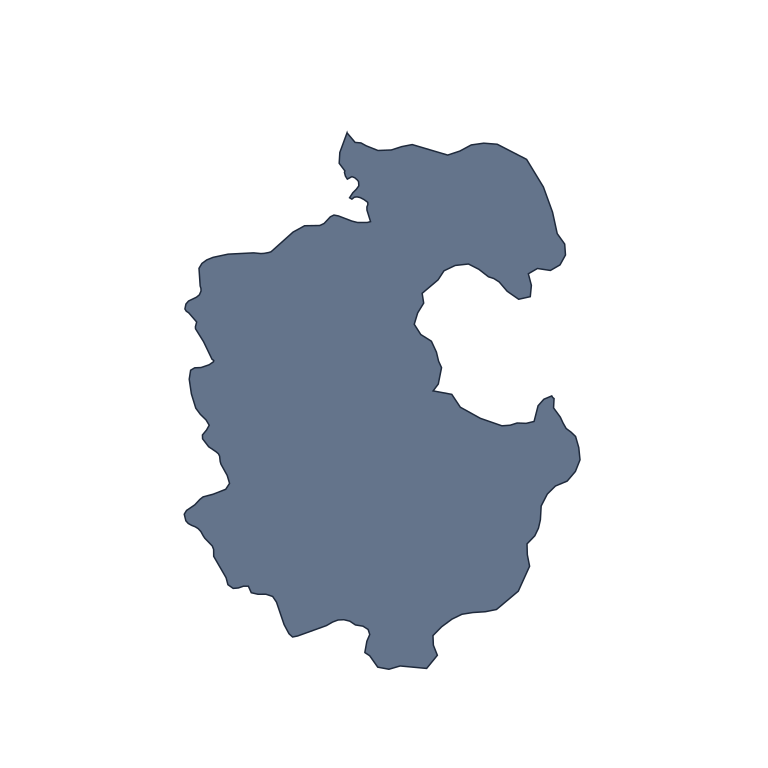 map outline of Attapu (Natural Earth projection), rotated 119°
{"feature_id": "LAO-3294", "entity_name": "Attapu", "entity_type": "Province", "adm_level": 1, "iso_a3": "LAO", "parent_name": "Laos", "parent_adm1": "", "projection": "natural_earth1", "projection_center": [106.906, 14.792], "detail": "fine", "context": "isolated", "style": "filled", "palette": "slate", "viewbox_px": 768, "rotation_deg": 119, "n_neighbors": 0, "source": "natural_earth", "source_scale": "10m", "svg_char_len": 2859}
<svg xmlns="http://www.w3.org/2000/svg" viewBox="0 0 768 768"><g transform="rotate(119 384 384)"><path d="M628.1,270.6L617.2,274.3L610.0,275.0L606.4,278.9L606.0,285.0L608.6,292.2L608.0,298.9L609.6,304.8L612.7,309.8L617.2,313.6L623.2,317.2L646.3,337.4L649.6,341.3L648.5,346.0L642.9,354.7L626.9,372.3L623.8,378.4L625.1,385.3L629.0,392.3L630.9,398.9L626.6,404.6L629.0,408.9L633.0,412.5L635.9,416.8L635.2,423.2L630.0,428.2L617.3,449.4L611.3,452.8L608.9,455.7L605.8,465.9L604.5,468.4L601.8,472.7L600.6,476.4L600.4,479.9L600.9,483.7L600.9,487.6L599.7,491.0L594.7,495.6L590.3,495.4L581.4,490.9L574.2,489.1L570.4,487.5L563.2,480.0L552.8,471.4L545.8,470.9L540.0,476.8L533.2,487.7L531.2,489.7L526.8,492.8L525.3,495.0L524.7,497.9L523.9,506.9L519.9,516.1L516.6,518.1L510.7,517.0L510.6,516.9L504.8,516.9L501.7,522.2L499.6,529.9L496.4,536.9L486.0,547.7L474.2,556.7L465.7,559.8L461.6,557.4L458.3,552.0L452.0,546.3L447.2,543.9L446.0,544.3L445.7,546.5L434.5,562.3L427.1,575.6L425.4,576.7L420.6,577.9L416.4,589.4L416.2,592.2L414.9,594.5L410.1,596.0L406.2,595.2L399.0,590.1L395.5,588.7L391.4,589.1L389.2,590.4L387.4,592.3L372.5,601.9L366.8,601.7L361.4,599.2L356.1,594.9L346.0,583.3L332.5,561.6L329.6,554.9L327.8,552.1L324.8,548.5L323.1,546.9L295.2,537.2L290.5,534.2L284.1,530.2L276.5,517.0L272.6,514.2L263.8,512.0L260.5,509.7L259.1,505.4L257.1,491.2L255.6,485.5L250.8,476.9L248.5,474.5L240.2,483.2L237.4,484.8L234.9,485.1L233.0,486.3L232.4,490.8L232.5,495.1L233.4,498.3L235.0,500.5L237.9,501.7L237.8,504.4L231.9,504.0L227.0,502.6L222.9,502.1L219.3,504.4L218.5,506.3L217.8,509.6L218.2,512.6L222.6,515.4L220.9,518.5L218.1,521.2L216.6,521.5L212.7,530.2L202.9,534.9L182.2,538.1L182.3,538.0L186.7,526.4L184.3,521.0L184.3,515.1L182.7,502.5L175.8,491.1L167.8,483.6L160.9,475.4L152.9,439.3L143.5,430.6L132.6,423.6L125.0,413.5L119.4,401.2L118.4,368.2L134.4,340.1L152.0,319.9L168.5,305.4L174.0,293.8L183.2,287.8L194.5,287.8L204.0,293.5L208.6,305.8L217.6,311.2L226.3,302.9L236.7,298.4L244.6,307.3L243.2,321.2L238.9,332.7L238.5,339.1L239.6,344.6L237.7,356.6L238.1,368.3L245.8,379.2L255.9,386.4L266.7,387.2L286.2,394.6L294.0,388.5L305.5,389.0L317.1,386.5L322.9,375.8L323.6,363.3L330.7,353.6L337.6,347.3L341.8,341.6L357.7,336.5L366.2,337.7L360.2,319.7L367.3,306.0L367.3,283.1L363.4,260.6L358.9,253.7L353.6,248.7L349.5,240.6L344.0,234.6L328.3,238.7L319.8,236.8L313.1,231.5L314.0,230.0L314.3,228.2L322.7,224.1L327.5,213.7L331.3,208.5L334.6,203.1L335.4,197.1L337.0,191.0L345.2,182.8L355.3,175.8L367.7,174.2L380.1,176.7L390.1,184.6L401.1,187.8L414.5,187.4L426.9,181.4L435.2,179.0L443.7,178.5L454.5,181.4L463.8,175.9L472.8,168.3L500.1,166.1L526.7,176.3L534.0,184.9L540.8,195.5L547.6,204.2L556.6,210.5L568.4,215.9L580.3,219.2L588.5,214.2L595.4,205.8L612.1,208.8L622.8,233.2L631.1,241.4L634.7,252.2L628.6,264.8L628.2,270.4L628.1,270.6Z" fill="#64748b" stroke="#1e293b" stroke-width="1.5"/></g></svg>